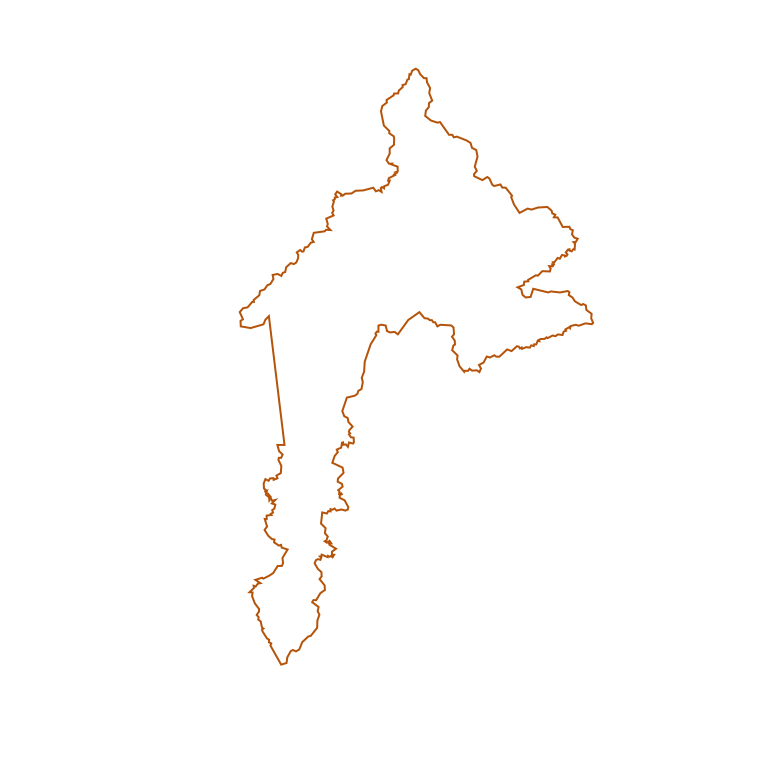 the district of Yolombó, Antioquia, Colombia, rotated 116°
{"feature_id": "7082276B53118394931", "entity_name": "Yolombó", "entity_type": "district", "adm_level": 2, "iso_a3": "COL", "parent_name": "Colombia", "parent_adm1": "Antioquia", "projection": "natural_earth1", "projection_center": [-74.913, 6.668], "detail": "fine", "context": "isolated", "style": "outline", "palette": "amber", "viewbox_px": 768, "rotation_deg": 116, "n_neighbors": 0, "source": "geoboundaries", "source_scale": "gbopen_adm2", "svg_char_len": 6155}
<svg xmlns="http://www.w3.org/2000/svg" viewBox="0 0 768 768"><g transform="rotate(116 384 384)"><path d="M395.0,538.0L392.2,528.4L383.2,518.5L378.2,518.8L373.5,517.2L482.4,446.7L485.5,453.1L490.4,448.8L491.8,444.2L495.5,444.1L496.5,446.2L498.5,445.6L502.6,440.4L509.2,437.7L513.5,440.5L515.5,438.4L518.5,441.2L517.1,442.1L518.8,445.0L521.6,445.3L521.5,448.9L526.2,448.5L530.6,446.0L531.0,443.9L532.5,443.9L533.2,442.9L531.9,442.3L534.4,441.8L533.4,440.3L534.7,437.4L535.7,439.8L536.2,437.6L538.7,436.1L536.1,435.8L538.0,433.4L535.9,430.9L540.5,432.4L540.0,428.8L544.1,427.9L546.3,429.2L548.2,427.4L550.4,428.8L551.0,427.7L553.7,431.8L556.9,430.2L557.6,432.0L563.4,426.6L567.5,427.4L571.2,421.4L572.5,416.8L571.8,414.2L574.5,413.4L575.3,407.6L573.7,406.0L575.9,404.2L575.0,398.1L584.8,399.0L589.5,396.1L592.3,396.1L594.2,399.8L602.5,400.7L606.7,403.2L611.8,407.1L611.6,408.7L616.4,413.7L617.2,407.8L618.8,409.9L622.4,410.6L622.5,412.7L624.4,411.5L630.1,413.6L629.0,410.7L632.5,409.6L637.8,403.9L641.0,397.6L643.4,396.6L647.4,397.2L648.5,394.5L650.9,393.7L651.4,390.8L656.5,386.8L656.7,385.2L658.2,386.0L659.7,384.6L664.0,377.6L664.2,375.1L666.6,374.2L666.6,371.6L668.9,371.4L681.3,353.4L677.5,349.3L672.0,351.1L664.9,350.7L663.0,349.3L662.9,345.9L659.8,343.8L651.9,344.3L644.4,341.5L642.4,339.4L632.4,337.2L625.8,340.2L619.7,340.9L617.2,344.1L613.1,345.0L611.6,352.9L609.2,352.7L608.0,350.2L599.8,349.5L595.1,346.8L591.0,349.1L587.6,356.4L584.2,355.7L580.5,357.8L579.2,362.4L575.6,367.7L572.2,368.0L570.3,366.5L569.9,364.1L567.8,364.2L567.1,366.0L566.2,364.7L564.7,365.2L564.3,358.7L563.0,359.0L563.1,357.1L561.7,356.1L562.3,354.3L559.4,354.0L560.3,356.0L557.4,357.2L553.1,354.9L552.4,362.5L551.1,363.9L550.3,361.7L548.9,364.2L551.7,365.8L551.3,368.3L549.9,367.2L545.7,367.7L544.0,371.7L539.2,373.3L537.1,379.4L526.5,383.2L525.4,378.5L522.7,378.4L521.9,376.2L519.9,377.2L519.7,375.4L517.6,373.8L518.6,371.2L515.4,367.2L514.7,363.2L512.6,361.5L510.4,362.0L505.8,368.4L505.7,374.1L503.0,375.0L501.6,373.6L501.0,374.6L502.4,376.2L500.1,376.9L499.5,378.6L494.4,376.2L492.2,378.0L492.1,382.8L489.1,383.9L481.6,381.4L477.3,384.6L477.5,395.9L470.2,396.8L465.5,395.6L463.7,397.7L460.0,394.6L455.1,396.0L454.4,395.2L456.4,393.9L455.0,391.8L456.3,388.9L451.9,389.8L451.1,385.7L449.6,385.5L445.5,387.8L446.4,390.4L444.6,393.5L443.2,392.8L442.4,394.6L440.5,394.9L436.1,393.5L433.7,399.3L430.5,401.7L430.3,405.7L426.6,409.6L412.5,411.4L407.4,405.2L404.5,403.6L401.4,404.1L398.5,402.0L391.5,403.9L388.2,406.7L381.6,407.3L372.4,411.1L354.2,413.4L343.4,412.3L342.5,413.8L340.1,413.4L339.5,411.9L333.9,414.6L331.9,412.5L330.7,408.1L335.1,404.5L335.0,401.2L332.5,397.2L333.3,393.3L315.9,390.3L303.9,383.7L307.1,376.5L305.9,372.9L306.6,371.0L305.6,369.0L306.9,366.8L306.1,365.1L308.8,361.2L306.1,359.4L301.9,349.2L302.7,346.3L308.5,342.9L311.7,343.6L313.9,339.5L317.5,337.5L318.9,338.5L323.7,337.6L326.1,330.4L329.8,329.1L334.9,323.9L337.9,317.3L336.8,317.4L335.3,314.2L332.8,313.8L333.4,310.8L331.0,306.5L331.5,303.5L327.5,303.6L325.3,307.0L321.1,303.9L314.3,303.7L313.7,300.4L309.8,297.4L310.2,295.1L308.9,292.3L299.0,288.5L298.5,283.8L291.8,281.1L291.3,279.3L292.4,277.4L290.8,276.3L291.9,275.3L288.5,272.3L287.4,268.9L284.7,268.6L284.2,266.0L282.5,266.4L281.7,264.5L277.8,264.8L277.4,263.3L276.7,264.3L274.9,262.9L273.0,259.4L270.8,258.4L271.0,257.0L266.5,253.7L265.9,250.9L263.2,249.4L261.7,245.0L258.1,245.5L256.4,243.7L255.4,244.9L251.6,242.3L252.2,241.3L250.1,241.7L246.8,237.7L246.2,234.5L241.2,229.5L239.1,223.4L237.4,222.8L234.2,226.5L229.9,228.2L228.7,234.6L224.9,237.0L224.8,240.0L226.6,241.4L226.0,248.6L223.6,252.6L223.1,256.9L220.2,257.6L219.9,259.6L224.6,266.0L227.7,274.7L229.7,276.5L233.0,291.6L241.5,290.4L244.1,294.6L243.2,298.5L238.8,302.1L238.5,306.3L233.7,301.7L230.5,302.8L228.4,299.3L227.3,300.1L219.7,295.2L219.2,293.2L213.2,291.2L210.1,284.2L207.3,284.8L205.6,287.2L204.6,284.6L203.1,285.1L203.5,283.8L201.9,283.7L200.5,285.5L199.8,284.2L194.6,283.2L194.3,280.9L190.0,280.6L189.2,277.7L190.0,277.2L188.7,276.0L187.1,275.9L186.0,278.3L182.4,277.5L181.6,276.3L182.8,275.8L182.5,273.5L179.8,272.9L179.6,271.6L174.0,273.9L173.4,275.8L172.0,273.8L168.5,273.6L169.0,277.1L167.1,280.6L163.0,281.7L163.1,284.4L161.4,286.3L164.5,292.2L158.2,300.9L159.7,304.4L156.7,304.3L156.9,307.5L154.7,309.4L153.3,314.8L157.9,323.0L162.5,327.8L163.4,331.8L170.8,337.2L165.6,345.9L160.3,351.6L158.7,351.4L154.2,360.7L155.6,363.8L153.6,366.8L157.8,371.8L157.4,374.1L153.0,379.5L152.7,381.9L157.6,384.9L157.7,394.0L155.9,395.1L151.8,394.0L148.9,397.7L138.7,399.6L133.3,403.6L133.2,408.4L129.4,411.9L128.9,416.5L129.7,426.9L131.7,429.4L130.1,431.8L131.5,434.8L124.0,448.5L125.7,450.6L126.6,457.4L125.0,464.5L119.9,466.2L115.5,465.1L111.8,466.7L108.2,464.9L102.7,470.9L97.8,472.3L94.1,477.5L90.5,479.8L91.6,482.1L89.7,487.3L87.0,490.7L86.7,493.7L90.1,496.0L94.3,495.6L94.4,496.9L99.1,495.3L100.2,496.4L105.1,496.0L107.2,498.4L108.9,497.3L113.7,499.3L116.6,498.7L118.6,502.3L120.3,501.9L127.6,506.2L129.8,504.8L134.9,507.4L140.3,506.2L151.8,497.4L154.3,490.0L156.3,489.3L157.1,483.8L159.0,482.4L164.7,479.9L169.8,482.2L174.3,479.9L181.7,479.9L183.8,476.1L182.4,473.4L183.4,473.6L182.7,467.0L187.1,464.8L188.8,466.6L189.1,465.4L191.2,466.7L191.4,465.7L196.9,469.9L199.4,469.4L198.7,468.0L203.1,467.7L206.2,470.5L208.1,469.8L207.8,472.1L209.3,472.8L212.4,470.4L212.1,473.7L214.4,475.8L212.3,479.7L219.1,487.5L222.8,494.3L227.0,496.7L230.0,502.3L232.8,503.6L233.6,505.2L232.2,505.3L231.6,510.5L234.9,511.0L236.5,507.9L238.0,510.0L239.6,509.2L241.2,510.3L242.0,509.0L247.2,508.2L250.2,505.4L252.9,505.6L254.6,503.2L260.7,508.4L264.8,504.7L267.4,504.2L269.1,499.6L270.8,503.7L272.8,504.3L278.9,513.4L285.5,512.3L287.2,509.5L289.0,511.7L294.2,512.7L296.0,515.0L300.1,514.5L301.0,515.5L300.3,518.1L304.0,520.1L305.4,517.8L308.6,516.3L313.2,516.1L315.7,517.5L316.2,520.8L321.9,523.1L326.6,521.9L328.5,523.7L331.9,523.7L331.7,527.8L334.8,531.9L338.1,529.4L344.0,530.0L346.3,532.1L351.4,532.9L354.7,536.2L359.0,535.0L365.6,538.0L367.2,536.9L367.9,538.4L374.9,540.2L377.7,543.9L382.6,545.2L387.6,539.2L390.2,540.6L395.0,538.0Z" fill="none" stroke="#b45309" stroke-width="2"/></g></svg>